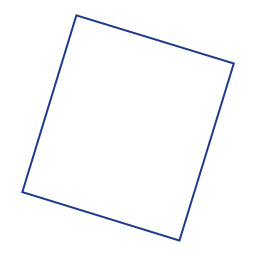 Floyd, Iowa, United States of America, rotated 287°
{"feature_id": "52423323B81223341239547", "entity_name": "Floyd", "entity_type": "district", "adm_level": 2, "iso_a3": "USA", "parent_name": "United States of America", "parent_adm1": "Iowa", "projection": "mercator", "projection_center": [-92.836, 43.06], "detail": "fine", "context": "isolated", "style": "outline", "palette": "blue", "viewbox_px": 256, "rotation_deg": 287, "n_neighbors": 0, "source": "geoboundaries", "source_scale": "gbopen_adm2", "svg_char_len": 220}
<svg xmlns="http://www.w3.org/2000/svg" viewBox="0 0 256 256"><g transform="rotate(287 128 128)"><path d="M35.8,45.7L35.4,210.1L220.6,210.3L220.6,45.7L35.8,45.7Z" fill="none" stroke="#1e3a8a" stroke-width="2"/></g></svg>